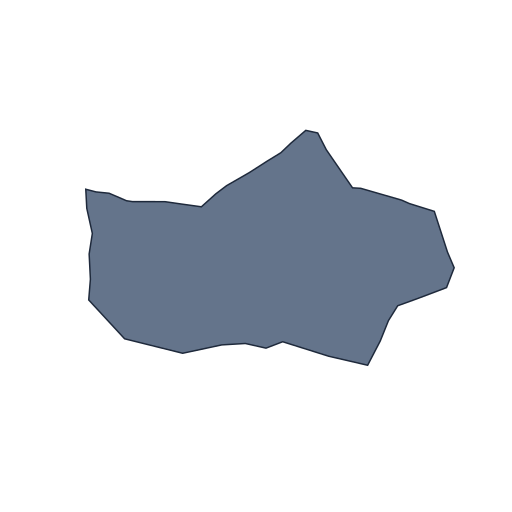 Tu'vshinshiree, Sühbaatar, Mongolia (Natural Earth projection), rotated 120°
{"feature_id": "93677404B92890816009325", "entity_name": "Tu'vshinshiree", "entity_type": "district", "adm_level": 2, "iso_a3": "MNG", "parent_name": "Mongolia", "parent_adm1": "Sühbaatar", "projection": "natural_earth1", "projection_center": [111.655, 46.29], "detail": "fine", "context": "isolated", "style": "filled", "palette": "slate", "viewbox_px": 512, "rotation_deg": 120, "n_neighbors": 0, "source": "geoboundaries", "source_scale": "gbopen_adm2", "svg_char_len": 683}
<svg xmlns="http://www.w3.org/2000/svg" viewBox="0 0 512 512"><g transform="rotate(120 256 256)"><path d="M393.4,328.4L376.9,270.9L350.1,241.2L337.1,221.5L330.8,201.3L316.9,190.0L306.4,142.7L294.8,104.7L267.5,105.9L245.7,109.0L228.2,108.4L212.9,95.5L188.1,75.2L167.1,78.5L156.9,92.1L128.2,123.9L133.9,149.4L134.8,157.8L145.0,199.1L148.7,206.5L128.8,248.3L118.6,264.1L122.3,275.7L140.8,282.2L154.1,286.1L168.5,293.9L187.1,303.5L209.7,316.6L222.3,321.9L240.7,327.9L248.5,347.1L254.5,362.1L270.6,390.0L272.9,395.8L275.1,414.6L280.5,426.6L283.3,436.8L299.3,426.4L318.3,409.0L337.7,401.5L358.9,387.8L377.7,378.9L393.4,328.4Z" fill="#64748b" stroke="#1e293b" stroke-width="1.5"/></g></svg>